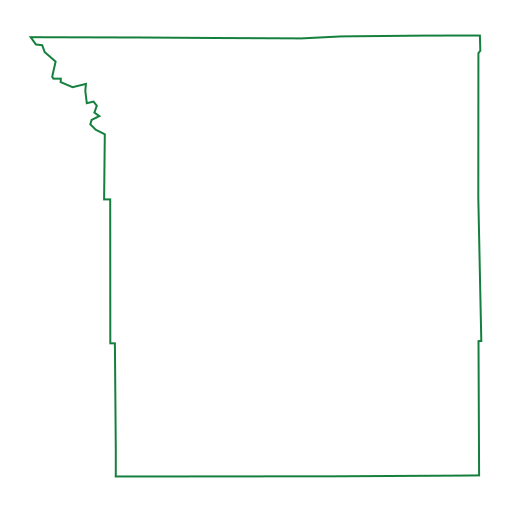 the district of Johnson, Wyoming, United States of America
{"feature_id": "52423323B17781084985346", "entity_name": "Johnson", "entity_type": "district", "adm_level": 2, "iso_a3": "USA", "parent_name": "United States of America", "parent_adm1": "Wyoming", "projection": "robinson", "projection_center": [-106.875, 44.028], "detail": "fine", "context": "isolated", "style": "outline", "palette": "green", "viewbox_px": 512, "rotation_deg": 0, "n_neighbors": 0, "source": "geoboundaries", "source_scale": "gbopen_adm2", "svg_char_len": 603}
<svg xmlns="http://www.w3.org/2000/svg" viewBox="0 0 512 512"><path d="M458.9,475.6L479.1,475.4L478.5,341.1L481.3,341.0L478.3,197.7L478.4,53.2L480.3,50.7L479.9,35.5L423.8,35.6L341.5,36.4L301.5,38.4L214.1,38.0L141.8,37.5L30.7,37.2L35.9,44.5L42.2,45.2L44.7,52.1L55.6,61.6L52.2,76.7L53.4,78.7L60.8,78.7L60.7,82.1L72.6,87.2L85.9,83.9L85.3,90.9L86.8,103.2L93.5,101.6L96.8,105.7L94.4,112.6L99.3,116.1L91.6,119.9L90.3,124.3L95.7,129.7L104.8,134.3L104.1,199.4L110.2,199.4L110.3,343.3L114.9,343.3L115.8,450.5L115.8,473.2L115.7,476.5L336.4,476.3L458.9,475.6Z" fill="none" stroke="#15803d" stroke-width="2"/></svg>